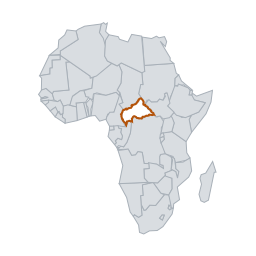 location of Central African Republic within Africa, rotated 356°
{"feature_id": "CAF", "entity_name": "Central African Republic", "entity_type": "country or territory", "adm_level": 0, "iso_a3": "CAF", "parent_name": "Africa", "parent_adm1": "", "projection": "natural_earth1", "projection_center": [20.084, 6.633], "detail": "fine", "context": "in_parent", "style": "outline", "palette": "amber", "viewbox_px": 256, "rotation_deg": 356, "n_neighbors": 49, "source": "natural_earth", "source_scale": "50m", "svg_char_len": 13067}
<svg xmlns="http://www.w3.org/2000/svg" viewBox="0 0 256 256"><g transform="rotate(356 128 128)"><path d="M171.5,134.6L185.0,145.6L184.9,156.8L187.7,162.2L185.6,164.0L173.0,165.8L171.0,159.6L163.4,156.4L160.6,151.0L159.9,145.1L163.5,141.7L162.7,135.1L171.5,134.6Z" fill="#d9dde1" stroke="#a8b0b8" stroke-width="1"/><path d="M65.5,50.7L65.2,55.2L57.1,55.1L56.7,62.7L54.4,62.9L53.9,68.7L43.5,69.7L54.7,49.9L65.5,50.7Z" fill="#d9dde1" stroke="#a8b0b8" stroke-width="1"/><path d="M159.9,145.1L163.4,156.4L158.3,157.0L157.3,166.6L160.4,167.7L160.6,170.9L154.2,166.1L141.6,164.5L140.5,153.3L136.3,152.3L133.6,155.4L129.7,155.6L126.7,149.1L116.2,148.9L119.8,145.1L122.3,146.5L125.9,142.2L130.1,133.0L132.4,119.4L134.7,116.9L142.2,119.9L150.5,116.3L154.9,116.3L157.6,119.1L160.8,118.2L164.6,125.3L161.3,130.0L159.9,145.1Z" fill="#d9dde1" stroke="#a8b0b8" stroke-width="1"/><path d="M191.1,136.8L189.6,123.6L192.5,119.3L199.7,117.0L206.8,108.2L196.2,104.7L193.3,100.6L194.8,97.9L198.6,101.0L214.9,96.3L212.6,107.9L206.8,119.3L191.1,136.8Z" fill="#d9dde1" stroke="#a8b0b8" stroke-width="1"/><path d="M185.0,145.6L171.5,134.6L174.4,126.2L171.8,119.2L175.1,115.5L182.3,121.2L191.8,120.2L189.6,123.6L191.1,136.8L185.0,145.6Z" fill="#d9dde1" stroke="#a8b0b8" stroke-width="1"/><path d="M147.7,107.5L145.8,106.2L144.9,105.4L145.1,102.0L141.0,94.6L143.7,85.5L145.9,85.7L145.7,72.7L148.6,72.7L148.6,66.7L178.1,66.7L180.0,76.8L182.3,78.6L178.5,81.7L177.2,91.7L172.3,100.4L171.6,106.2L168.4,95.6L164.9,102.8L161.5,101.4L158.9,104.0L153.2,103.8L149.0,101.5L146.0,106.3L147.7,107.5Z" fill="#d9dde1" stroke="#a8b0b8" stroke-width="1"/><path d="M145.7,73.9L145.9,85.7L143.7,85.5L141.0,94.6L143.4,98.9L130.9,108.5L124.1,109.9L120.7,103.6L124.6,102.3L122.4,92.4L119.8,89.4L124.1,82.7L125.8,71.5L123.3,64.2L125.8,62.6L145.7,73.9Z" fill="#d9dde1" stroke="#a8b0b8" stroke-width="1"/><path d="M127.1,216.4L128.3,214.9L132.3,217.8L135.8,216.0L135.8,205.0L138.3,211.2L140.1,210.9L144.3,206.5L150.1,207.2L159.6,197.1L164.0,197.6L165.7,203.9L165.3,208.2L163.4,207.9L162.4,210.9L163.9,212.5L167.7,210.9L166.0,216.9L156.0,228.8L150.0,232.3L142.3,232.1L136.3,234.8L132.2,232.9L131.8,225.5L127.1,216.4ZM158.1,217.5L155.9,217.2L153.2,220.2L155.9,222.2L158.1,217.5Z" fill="#d9dde1" stroke="#a8b0b8" stroke-width="1"/><path d="M158.1,217.5L155.9,222.2L153.2,220.2L155.9,217.2L158.1,217.5Z" fill="#d9dde1" stroke="#a8b0b8" stroke-width="1"/><path d="M164.0,197.6L156.1,195.3L149.3,184.2L153.8,184.8L162.0,177.6L168.4,181.2L167.8,191.8L164.0,197.6Z" fill="#d9dde1" stroke="#a8b0b8" stroke-width="1"/><path d="M159.6,197.1L150.1,207.2L144.3,206.5L140.1,210.9L138.3,211.2L135.8,205.0L135.8,196.4L138.3,196.3L138.4,185.7L149.3,184.2L156.1,195.3L159.6,197.1Z" fill="#d9dde1" stroke="#a8b0b8" stroke-width="1"/><path d="M135.8,196.4L135.8,216.0L132.3,217.8L128.3,214.9L127.1,216.4L124.3,212.0L121.8,197.2L115.3,182.9L148.9,183.7L138.4,185.7L138.3,196.3L135.8,196.4Z" fill="#d9dde1" stroke="#a8b0b8" stroke-width="1"/><path d="M43.3,91.6L41.1,88.3L45.1,83.2L49.0,82.8L54.9,88.6L56.3,95.0L43.2,95.2L42.9,93.0L50.5,91.9L43.3,91.6Z" fill="#d9dde1" stroke="#a8b0b8" stroke-width="1"/><path d="M56.3,95.0L54.9,88.6L56.2,86.3L71.7,86.0L70.6,58.0L74.4,57.9L93.9,73.6L93.9,75.5L96.7,75.2L94.8,85.8L82.9,87.6L75.4,92.0L71.6,101.2L64.9,101.7L62.3,95.4L59.7,96.8L56.3,95.0Z" fill="#d9dde1" stroke="#a8b0b8" stroke-width="1"/><path d="M43.5,69.7L53.9,68.7L54.4,62.9L56.7,62.7L57.1,55.1L65.2,55.2L65.5,50.7L74.4,57.9L70.6,58.0L71.7,86.0L56.2,86.3L54.9,88.6L49.0,82.8L44.2,84.1L45.3,72.4L43.5,69.7Z" fill="#d9dde1" stroke="#a8b0b8" stroke-width="1"/><path d="M92.0,113.3L89.9,113.7L89.5,104.8L87.3,100.9L92.6,95.7L95.0,100.1L92.2,106.7L92.0,113.3Z" fill="#d9dde1" stroke="#a8b0b8" stroke-width="1"/><path d="M123.3,64.2L125.8,71.5L124.1,82.7L119.8,89.4L122.4,92.4L121.4,94.9L118.6,91.6L108.3,93.9L99.3,90.8L95.9,91.8L94.6,97.4L88.1,93.8L86.6,87.7L94.8,85.8L96.7,75.2L116.2,62.4L121.5,65.3L123.3,64.2Z" fill="#d9dde1" stroke="#a8b0b8" stroke-width="1"/><path d="M92.0,113.3L96.6,91.2L108.3,93.9L118.6,91.6L122.4,96.1L115.1,111.2L108.7,112.8L106.8,117.7L100.2,119.2L96.2,113.3L92.0,113.3Z" fill="#d9dde1" stroke="#a8b0b8" stroke-width="1"/><path d="M122.2,93.8L124.6,102.3L120.7,103.6L124.5,109.1L122.0,117.8L125.7,126.7L109.7,125.0L106.8,118.5L107.5,115.6L110.9,111.0L115.1,111.2L122.2,93.8Z" fill="#d9dde1" stroke="#a8b0b8" stroke-width="1"/><path d="M87.6,99.3L89.9,113.7L87.9,114.3L85.2,100.2L87.6,99.3Z" fill="#d9dde1" stroke="#a8b0b8" stroke-width="1"/><path d="M85.4,99.3L87.9,114.3L77.9,117.0L77.9,99.4L85.4,99.3Z" fill="#d9dde1" stroke="#a8b0b8" stroke-width="1"/><path d="M64.9,101.7L69.6,100.7L78.1,103.3L77.9,117.0L65.5,118.9L65.9,114.9L63.3,112.7L64.9,101.7Z" fill="#d9dde1" stroke="#a8b0b8" stroke-width="1"/><path d="M50.8,94.6L59.7,96.8L62.3,95.4L64.9,101.7L64.2,109.1L61.8,110.2L60.5,106.6L58.5,107.1L57.1,102.1L51.6,105.5L47.0,99.2L50.8,94.6Z" fill="#d9dde1" stroke="#a8b0b8" stroke-width="1"/><path d="M43.2,95.2L50.8,94.6L50.6,96.9L47.0,99.2L43.2,95.2Z" fill="#d9dde1" stroke="#a8b0b8" stroke-width="1"/><path d="M63.7,109.1L63.3,112.7L65.9,114.9L65.5,118.9L56.1,111.8L59.2,107.0L61.8,110.2L63.7,109.1Z" fill="#d9dde1" stroke="#a8b0b8" stroke-width="1"/><path d="M51.6,105.5L57.1,102.1L59.2,107.0L56.1,111.8L51.6,105.5Z" fill="#d9dde1" stroke="#a8b0b8" stroke-width="1"/><path d="M71.6,101.2L74.7,92.7L82.9,87.6L86.6,87.7L88.1,93.8L91.0,94.5L87.6,99.3L77.9,99.4L78.1,103.3L71.6,101.2Z" fill="#d9dde1" stroke="#a8b0b8" stroke-width="1"/><path d="M132.1,121.4L130.1,133.0L125.9,142.2L122.3,146.5L117.3,144.9L115.5,146.7L113.4,143.5L115.3,141.9L114.4,139.9L117.2,137.5L120.8,139.1L121.9,135.7L120.4,131.7L121.5,128.3L119.0,127.9L118.4,125.1L125.7,126.7L128.8,120.8L132.1,121.4Z" fill="#d9dde1" stroke="#a8b0b8" stroke-width="1"/><path d="M113.8,125.1L118.1,124.9L119.0,127.9L121.5,128.3L120.4,131.7L121.9,135.7L120.8,139.1L117.2,137.5L114.4,139.9L115.3,141.9L113.4,143.5L107.5,135.1L109.3,128.8L113.9,128.7L113.8,125.1Z" fill="#d9dde1" stroke="#a8b0b8" stroke-width="1"/><path d="M109.7,125.0L113.8,125.1L113.9,128.7L109.3,128.8L109.7,125.0Z" fill="#d9dde1" stroke="#a8b0b8" stroke-width="1"/><path d="M163.4,156.4L169.7,160.3L168.2,172.3L169.5,173.0L161.8,175.5L162.0,177.6L153.8,184.8L144.2,183.6L140.8,179.3L141.0,169.9L146.3,169.9L146.0,164.0L154.2,166.1L160.6,170.9L160.4,167.7L157.3,166.6L157.6,158.8L159.0,156.6L163.4,156.4Z" fill="#d9dde1" stroke="#a8b0b8" stroke-width="1"/><path d="M168.5,159.0L172.3,161.8L172.9,171.9L175.7,174.9L173.9,181.4L172.6,174.9L168.2,172.3L170.3,162.9L168.5,159.0Z" fill="#d9dde1" stroke="#a8b0b8" stroke-width="1"/><path d="M173.0,165.8L180.4,165.9L187.7,162.2L188.5,175.2L185.1,181.2L173.1,190.3L174.4,203.1L168.3,206.8L167.7,210.9L165.8,210.9L164.0,197.6L167.8,191.8L168.4,181.2L162.2,178.7L161.8,175.5L169.5,173.0L172.6,174.9L173.9,181.4L175.7,174.9L172.9,171.9L173.0,165.8Z" fill="#d9dde1" stroke="#a8b0b8" stroke-width="1"/><path d="M165.8,210.9L163.9,212.5L162.4,210.9L163.4,207.9L165.8,210.9Z" fill="#d9dde1" stroke="#a8b0b8" stroke-width="1"/><path d="M115.5,146.7L117.3,146.5L116.2,148.9L115.5,146.7ZM116.5,149.8L126.7,149.1L129.7,155.6L133.6,155.4L136.3,152.3L140.5,153.3L141.6,164.5L146.3,165.0L146.3,169.9L141.0,169.9L140.8,179.3L144.2,183.6L115.3,182.9L120.2,165.1L116.5,149.8Z" fill="#d9dde1" stroke="#a8b0b8" stroke-width="1"/><path d="M162.8,138.9L163.5,141.7L159.9,145.1L159.1,140.2L162.8,138.9Z" fill="#d9dde1" stroke="#a8b0b8" stroke-width="1"/><path d="M210.1,167.3L212.7,178.2L210.9,178.2L203.2,205.6L198.9,207.5L195.6,205.7L194.2,199.1L197.4,189.2L196.3,183.2L197.7,179.7L202.4,178.4L210.1,167.3Z" fill="#d9dde1" stroke="#a8b0b8" stroke-width="1"/><path d="M42.9,93.0L47.4,90.8L50.5,91.9L42.9,93.0Z" fill="#d9dde1" stroke="#a8b0b8" stroke-width="1"/><path d="M110.4,42.1L106.1,30.8L108.5,22.4L111.1,21.2L112.7,23.0L114.7,21.9L112.4,30.1L115.5,33.7L110.4,42.1Z" fill="#d9dde1" stroke="#a8b0b8" stroke-width="1"/><path d="M65.5,50.7L65.8,46.4L84.4,36.2L82.9,27.6L85.3,26.0L91.9,23.4L108.5,22.4L106.1,30.8L109.6,36.7L111.2,44.7L109.7,54.6L112.1,59.7L116.2,62.4L100.2,73.9L93.9,75.5L93.9,73.6L65.5,50.7Z" fill="#d9dde1" stroke="#a8b0b8" stroke-width="1"/><path d="M177.6,89.2L178.5,81.7L182.3,78.6L184.6,84.8L194.5,94.3L192.7,94.8L186.7,88.9L177.6,89.2Z" fill="#d9dde1" stroke="#a8b0b8" stroke-width="1"/><path d="M54.7,49.9L63.9,43.2L65.1,35.4L71.3,30.8L74.0,25.9L82.9,27.6L84.4,36.2L65.8,46.4L65.6,49.9L54.7,49.9Z" fill="#d9dde1" stroke="#a8b0b8" stroke-width="1"/><path d="M178.1,66.7L148.6,66.7L148.6,38.3L157.8,40.4L162.8,38.4L165.2,40.2L170.8,39.4L172.6,44.5L170.9,49.4L166.2,43.7L175.0,61.0L174.7,63.5L178.1,66.7Z" fill="#d9dde1" stroke="#a8b0b8" stroke-width="1"/><path d="M148.0,37.3L148.6,72.7L145.7,73.9L125.8,62.6L121.5,65.3L112.1,59.7L109.7,54.6L111.7,38.9L115.5,33.7L124.6,36.2L125.7,38.9L133.9,42.2L138.2,34.9L148.0,37.3Z" fill="#d9dde1" stroke="#a8b0b8" stroke-width="1"/><path d="M206.8,108.2L199.7,117.0L185.9,121.7L177.3,118.7L169.0,108.8L177.6,89.2L180.5,89.8L181.3,87.6L190.7,92.1L192.7,94.8L191.3,99.2L193.9,99.5L196.2,104.7L206.8,108.2Z" fill="#d9dde1" stroke="#a8b0b8" stroke-width="1"/><path d="M192.7,94.8L195.1,95.2L193.9,99.5L191.3,99.2L192.7,94.8Z" fill="#d9dde1" stroke="#a8b0b8" stroke-width="1"/><path d="M171.5,134.6L160.5,135.7L164.8,120.6L171.8,119.2L173.0,121.3L174.4,126.2L171.5,134.6Z" fill="#d9dde1" stroke="#a8b0b8" stroke-width="1"/><path d="M162.7,135.1L163.5,138.5L159.1,140.2L159.8,136.6L162.7,135.1Z" fill="#d9dde1" stroke="#a8b0b8" stroke-width="1"/><path d="M163.7,121.4L160.8,118.2L156.4,118.8L146.0,106.3L150.8,101.1L153.2,103.8L158.9,104.0L161.5,101.4L164.9,102.8L167.5,99.1L166.7,96.4L169.5,95.8L171.6,106.2L169.0,108.8L175.1,115.5L170.2,120.6L163.7,121.4Z" fill="#d9dde1" stroke="#a8b0b8" stroke-width="1"/><path d="M146.6,106.2L146.8,106.2L146.8,106.4L146.7,106.8L146.8,107.1L147.0,107.3L147.4,107.5L148.1,107.6L148.4,107.8L148.8,108.3L149.3,108.7L149.4,109.0L149.3,109.5L149.5,109.9L149.8,110.1L150.3,110.5L151.1,110.9L151.4,111.3L151.6,111.5L151.8,111.8L152.1,112.0L152.3,112.2L152.1,112.7L152.2,112.9L152.3,113.1L152.4,113.3L152.5,113.5L152.7,113.9L152.9,114.0L153.2,114.1L153.4,114.2L153.8,114.5L154.1,114.7L154.3,114.9L154.4,115.0L154.5,115.2L154.5,115.4L154.5,115.7L154.6,116.2L154.8,116.5L154.2,116.4L154.0,116.5L153.6,116.8L153.3,116.8L153.0,116.8L151.8,116.5L150.9,116.3L150.6,116.2L150.2,116.1L149.8,116.3L149.5,116.8L149.5,117.0L149.0,117.1L148.8,117.1L148.2,117.2L147.4,117.0L147.1,117.0L146.9,117.2L146.3,117.4L145.9,117.6L145.5,117.7L145.1,117.9L144.8,118.0L144.5,118.0L144.3,117.9L144.0,117.8L143.7,117.8L143.4,117.8L143.1,118.1L142.8,118.7L142.5,119.4L142.4,119.5L141.0,119.2L140.4,119.2L140.0,119.3L139.5,119.1L139.3,119.0L139.2,119.1L138.5,118.8L138.1,118.7L137.7,118.7L137.3,118.4L137.1,118.0L136.7,117.5L136.1,117.2L135.7,116.9L135.3,116.7L134.8,116.7L134.4,116.8L133.7,117.4L133.1,118.4L132.8,118.9L132.5,119.0L132.4,119.2L132.6,119.6L132.6,120.1L132.5,120.9L132.5,121.5L132.4,121.4L132.3,121.2L132.2,121.1L131.8,121.2L131.6,121.3L131.4,121.5L131.3,121.3L131.2,121.3L130.9,121.3L130.7,121.3L130.5,121.2L129.8,121.0L129.7,120.9L129.2,121.1L128.4,121.3L127.8,121.4L127.6,121.4L127.4,121.4L127.3,121.6L127.3,121.8L127.2,122.3L127.1,122.6L127.1,123.0L127.1,123.4L126.9,123.8L126.7,124.3L126.5,124.7L126.4,125.1L126.2,124.8L126.2,124.5L126.1,124.1L126.1,123.9L126.0,123.6L126.1,123.4L126.1,123.2L125.9,123.0L125.8,122.8L125.7,122.7L125.3,122.6L125.1,122.3L124.8,122.0L124.5,121.6L124.3,121.3L124.0,120.9L123.7,120.5L123.5,120.1L123.4,119.9L123.5,119.9L123.6,119.5L123.5,119.1L123.4,118.9L123.1,118.6L122.8,118.3L122.7,118.2L122.5,116.8L122.4,116.5L122.3,116.4L122.2,116.2L122.3,116.0L122.3,115.8L122.3,115.7L122.4,114.5L122.3,114.4L122.2,114.3L122.0,114.2L121.9,114.0L121.9,113.8L122.0,113.7L122.6,113.3L122.8,113.1L123.0,112.4L123.3,111.9L123.5,111.8L123.6,111.4L123.8,110.9L123.8,110.7L124.0,110.3L124.3,110.1L124.6,109.6L124.9,109.6L125.2,109.7L125.5,109.7L125.8,109.6L126.0,109.4L126.4,109.3L126.9,109.1L126.9,108.8L127.1,108.7L127.3,108.6L127.4,108.9L127.6,109.2L127.9,109.5L128.0,109.5L128.2,109.3L128.6,109.1L128.8,109.1L129.1,108.7L129.5,108.5L129.7,108.4L130.1,108.2L130.4,108.3L130.8,108.2L131.6,108.1L132.2,108.1L132.4,108.0L132.5,108.0L132.6,107.7L132.9,107.5L133.3,107.0L133.6,106.6L133.6,106.4L133.8,106.2L133.7,106.1L133.3,105.7L133.2,105.6L133.3,105.5L133.4,105.4L133.7,105.2L133.9,105.2L134.6,105.2L135.1,105.2L135.7,105.1L136.0,105.0L136.3,104.8L137.0,104.8L137.5,104.4L137.8,104.3L137.8,104.2L138.1,104.0L138.4,103.7L138.6,103.3L138.7,103.1L139.3,102.3L139.5,102.4L139.9,101.7L140.0,101.7L140.4,101.4L140.5,101.2L140.5,100.9L140.4,100.7L140.5,100.5L140.6,100.4L141.1,100.1L141.3,99.8L141.6,99.8L141.8,99.6L142.1,99.5L142.4,99.3L142.7,99.4L143.0,99.4L143.2,99.5L143.3,99.5L143.5,99.9L143.6,100.0L144.4,100.9L144.5,101.1L144.9,101.8L145.1,102.2L145.3,102.8L145.4,103.1L145.3,103.4L145.3,104.2L145.2,104.4L144.9,104.9L144.9,105.1L145.0,105.2L145.1,105.3L145.1,105.8L145.4,106.0L146.1,106.1L146.4,106.1L146.6,106.2Z" fill="none" stroke="#b45309" stroke-width="2"/></g></svg>